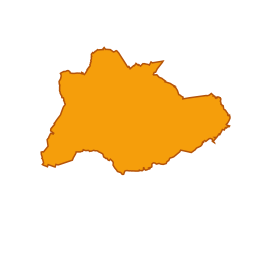 outline of Zináparo, Michoacán, Mexico, rotated 301°
{"feature_id": "50627088B92928656414913", "entity_name": "Zináparo", "entity_type": "district", "adm_level": 2, "iso_a3": "MEX", "parent_name": "Mexico", "parent_adm1": "Michoacán", "projection": "orthographic", "projection_center": [-102.009, 20.178], "detail": "fine", "context": "isolated", "style": "filled", "palette": "amber", "viewbox_px": 256, "rotation_deg": 301, "n_neighbors": 0, "source": "geoboundaries", "source_scale": "gbopen_adm2", "svg_char_len": 5704}
<svg xmlns="http://www.w3.org/2000/svg" viewBox="0 0 256 256"><g transform="rotate(301 128 128)"><path d="M203.4,123.6L198.4,117.7L196.4,115.3L196.5,113.7L193.0,113.9L192.8,112.4L191.9,110.0L191.8,109.8L191.8,109.3L191.2,108.4L190.9,107.7L190.3,107.5L187.5,106.9L187.9,104.6L187.1,104.5L187.5,101.6L186.8,101.7L186.6,101.5L185.6,101.5L185.0,101.3L184.5,101.3L184.3,101.0L184.3,100.7L182.7,100.2L179.9,99.3L180.8,98.0L181.2,97.0L180.1,96.8L180.1,96.2L182.0,92.5L183.7,89.1L185.3,85.8L187.6,81.2L187.7,80.6L188.3,79.1L188.2,78.0L186.6,77.2L185.7,76.3L186.1,72.5L184.2,68.8L183.8,68.3L184.7,66.1L183.0,65.8L182.5,66.4L179.3,61.8L179.4,61.5L176.8,60.7L176.8,60.4L174.4,59.8L174.5,58.9L172.3,58.6L172.1,58.8L171.4,59.3L170.7,59.6L170.7,60.0L170.0,60.1L169.2,60.4L168.4,61.1L167.6,61.1L166.4,61.5L166.1,62.1L165.7,62.2L164.5,62.2L163.9,62.7L162.5,62.8L162.2,63.2L162.0,63.3L161.9,63.5L161.2,63.5L159.8,63.4L159.8,63.1L159.0,63.1L157.2,62.9L157.2,63.3L156.2,63.2L154.5,63.3L152.3,63.2L151.3,63.0L151.4,62.4L151.4,61.7L151.5,61.1L151.9,61.1L151.8,59.8L150.8,60.5L150.2,58.4L149.6,57.5L148.9,56.1L147.1,53.8L146.2,52.2L145.7,51.2L145.5,50.0L146.0,49.6L146.3,49.0L146.4,48.0L146.4,47.2L145.9,46.4L145.2,45.9L144.5,45.5L143.9,44.8L143.5,44.0L142.8,43.5L141.2,42.5L140.0,41.9L139.5,42.7L139.0,43.3L138.5,43.7L137.5,44.2L135.3,44.9L135.0,44.9L133.1,44.9L132.6,44.9L132.1,45.1L130.8,46.2L130.7,46.3L130.4,46.3L130.2,46.5L130.1,47.0L129.9,47.2L129.6,47.4L129.3,47.5L129.1,47.8L128.2,48.1L127.8,48.3L127.6,48.5L127.0,48.8L126.0,49.5L125.2,49.8L124.3,50.6L124.0,51.1L123.5,51.6L122.8,52.1L121.8,53.8L121.6,54.1L121.3,54.9L120.9,55.1L120.5,55.2L120.0,55.8L120.6,56.9L120.6,57.1L118.9,58.7L118.2,58.8L118.1,59.7L117.7,60.1L116.8,60.7L116.6,61.0L116.5,61.6L115.8,62.1L113.2,61.8L112.2,61.9L110.9,62.1L104.3,63.4L100.0,62.9L97.7,62.7L96.0,62.6L95.6,62.6L95.3,62.7L94.4,62.4L93.8,62.3L93.3,62.8L93.5,63.1L93.0,63.3L90.7,62.9L90.6,62.6L89.0,62.7L88.8,62.4L87.7,62.3L86.1,62.9L85.7,63.3L85.6,63.9L85.5,65.1L85.3,67.0L84.3,67.0L83.7,64.5L83.1,64.5L79.3,64.8L78.7,65.1L77.7,64.8L77.0,64.8L76.3,64.7L71.2,68.9L64.0,67.9L63.5,66.8L62.6,66.0L60.6,67.4L58.8,69.6L57.6,69.8L57.3,70.9L54.5,73.7L53.7,73.5L53.1,73.5L52.6,73.4L52.6,74.7L52.7,75.7L53.0,76.7L53.1,77.7L53.3,78.9L55.5,78.4L56.0,80.8L56.7,84.4L57.0,85.6L59.7,85.0L60.3,87.0L61.9,88.5L71.8,96.9L74.2,96.5L78.3,96.4L79.6,96.3L80.3,96.1L80.8,95.9L83.0,99.5L83.6,99.8L84.5,100.9L84.9,100.9L85.6,101.2L86.1,100.8L86.4,100.8L86.5,101.3L86.5,102.0L86.7,103.1L87.3,104.1L87.9,104.8L88.1,105.3L88.5,105.8L88.2,107.2L88.6,107.4L89.3,108.5L90.9,109.8L91.1,109.9L91.4,110.7L91.5,111.5L92.3,112.7L92.7,113.9L92.5,114.6L92.5,115.4L92.7,116.5L92.8,119.2L92.5,120.2L90.7,122.0L90.6,124.3L90.5,124.9L90.9,125.2L91.2,125.8L90.5,126.8L90.4,127.3L90.3,127.8L90.5,128.7L92.2,129.0L91.5,132.0L90.8,133.1L90.6,133.3L88.5,134.3L87.0,137.1L86.5,138.5L86.2,139.4L86.1,139.7L85.3,141.4L85.5,142.2L85.7,143.3L86.1,144.5L86.1,144.8L85.9,145.2L85.7,145.6L85.4,146.6L85.3,146.9L85.4,147.2L85.7,147.7L86.1,148.1L89.2,147.5L89.8,147.7L90.3,148.1L90.6,148.5L91.1,149.2L91.4,150.0L92.0,151.3L92.8,152.5L93.1,153.4L93.3,153.7L93.5,153.8L95.0,156.7L95.9,158.2L96.8,159.5L97.6,159.4L97.5,159.8L97.7,160.3L98.3,161.0L98.4,161.4L98.5,162.0L99.1,162.4L99.9,162.6L100.8,162.7L101.6,161.8L101.9,161.8L102.1,162.0L101.8,162.5L101.1,163.1L100.9,164.7L101.6,165.5L102.5,166.2L103.4,166.7L104.1,167.6L104.4,167.7L104.6,166.5L106.7,168.4L107.5,168.2L108.1,167.8L109.0,167.2L110.0,167.1L110.6,167.4L111.1,167.7L111.4,167.9L111.8,169.2L111.7,170.6L111.8,171.1L113.4,172.6L113.7,173.1L113.8,173.5L113.8,174.1L114.0,174.8L114.5,176.0L115.0,177.0L117.2,179.0L119.0,178.8L119.7,178.9L121.0,179.7L123.1,179.4L124.1,179.6L124.6,180.1L125.1,180.7L126.6,181.8L126.7,182.0L134.2,184.6L136.1,184.5L137.1,187.3L139.2,193.7L139.6,194.9L141.1,195.6L142.9,196.3L143.6,196.7L144.5,196.9L145.4,196.9L146.3,197.2L148.8,198.9L149.9,199.6L151.9,200.0L152.3,199.9L153.1,199.4L153.9,199.8L154.6,200.0L154.6,199.4L156.8,200.3L156.6,201.6L160.7,203.1L161.0,203.5L161.4,203.9L161.6,204.7L161.8,205.9L160.8,206.8L160.4,207.0L161.7,208.1L164.3,208.6L164.5,207.1L165.6,208.8L166.3,208.9L168.5,209.0L168.9,209.3L169.1,209.7L169.5,210.0L169.7,209.3L169.8,209.1L170.2,209.3L170.3,209.4L170.3,209.9L171.2,210.0L173.1,209.9L175.3,209.7L175.3,209.9L175.6,210.4L175.9,211.6L178.5,211.3L178.6,212.3L179.1,212.5L179.9,212.5L180.6,213.3L181.3,213.5L181.4,214.1L182.1,214.0L182.0,213.7L181.5,211.6L181.6,210.4L182.3,210.4L182.5,210.5L183.3,210.8L183.9,210.7L184.7,210.8L185.7,210.8L187.5,210.6L189.1,210.3L190.6,209.2L190.7,208.8L191.1,208.5L190.7,208.4L190.8,207.7L190.2,207.5L190.2,207.3L190.5,206.7L190.8,206.6L191.3,206.5L191.5,206.4L191.8,206.0L192.5,204.1L193.0,203.3L193.5,202.1L193.4,201.6L193.4,200.7L193.8,200.1L196.1,198.1L196.1,197.4L195.8,197.2L196.1,197.0L196.3,195.4L196.5,195.4L196.9,195.2L197.2,194.8L197.2,194.7L197.9,194.3L198.1,194.1L198.3,193.8L198.5,193.3L198.9,193.2L199.2,193.2L200.0,193.0L200.8,192.4L201.0,192.3L201.2,191.7L201.4,191.5L201.2,191.2L201.3,190.1L200.9,188.9L199.4,188.7L199.8,187.7L198.8,187.5L199.9,185.9L199.5,184.9L199.8,185.0L200.5,181.6L198.2,180.8L197.6,180.4L196.3,179.1L196.2,178.9L196.2,178.4L185.7,165.3L181.2,160.0L182.8,159.3L182.7,157.0L183.0,156.3L182.8,154.3L185.6,151.0L187.1,148.2L187.2,146.1L187.8,146.2L188.0,146.4L187.9,144.9L187.9,143.0L187.9,142.1L188.0,141.9L187.9,141.0L187.2,138.1L186.7,135.9L187.5,136.0L187.8,132.7L188.0,131.4L187.5,128.6L188.2,126.2L188.5,125.3L187.4,123.8L186.9,122.8L186.7,122.6L186.8,122.2L189.1,121.8L190.1,122.9L193.8,122.6L201.8,123.6L203.4,123.6ZM160.4,207.0L160.0,207.8L159.9,209.7L160.0,209.6L160.4,207.0Z" fill="#f59e0b" stroke="#b45309" stroke-width="1.5"/></g></svg>